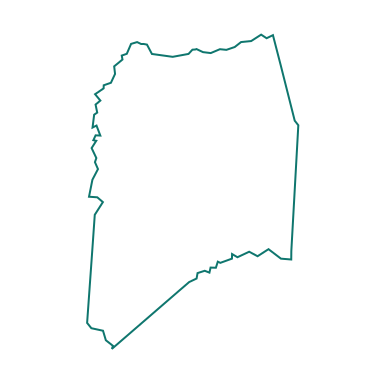 outline of San Joaquin, California, United States of America, rotated 4°
{"feature_id": "52423323B84556352970709", "entity_name": "San Joaquin", "entity_type": "district", "adm_level": 2, "iso_a3": "USA", "parent_name": "United States of America", "parent_adm1": "California", "projection": "orthographic", "projection_center": [-121.338, 37.891], "detail": "fine", "context": "isolated", "style": "outline", "palette": "teal", "viewbox_px": 384, "rotation_deg": 4, "n_neighbors": 0, "source": "geoboundaries", "source_scale": "gbopen_adm2", "svg_char_len": 1058}
<svg xmlns="http://www.w3.org/2000/svg" viewBox="0 0 384 384"><g transform="rotate(4 192 192)"><path d="M261.8,29.9L255.7,33.4L250.0,30.2L240.5,37.3L230.5,39.0L224.5,44.4L216.4,47.8L209.9,47.6L201.0,52.1L193.2,51.7L186.5,49.1L185.4,49.6L182.5,50.0L178.9,54.5L163.3,58.5L142.4,57.1L136.8,48.1L133.4,47.7L130.9,47.9L126.8,46.3L120.9,48.5L117.3,58.7L112.4,60.8L113.4,64.7L105.6,72.1L107.0,79.6L103.5,88.7L96.5,91.7L96.6,94.8L88.5,101.2L94.2,107.2L89.7,111.5L91.9,119.4L89.0,121.7L88.3,134.6L92.1,132.4L96.6,142.1L91.9,142.2L90.0,147.2L92.9,147.6L88.8,155.2L94.2,164.8L93.1,169.0L96.6,175.7L91.8,186.7L89.6,203.9L97.9,203.9L103.8,208.3L96.6,221.5L96.6,250.6L96.5,329.9L101.1,334.9L112.9,336.6L116.4,345.9L123.9,351.0L123.0,354.1L186.6,290.8L195.5,282.0L202.6,278.0L203.2,272.5L210.2,269.7L215.0,271.2L215.8,266.1L221.1,265.9L222.6,259.7L225.2,260.7L236.5,255.7L236.3,251.1L241.9,253.9L253.2,247.6L261.9,251.5L272.3,243.7L285.4,252.3L295.7,252.4L295.2,243.9L293.4,118.0L289.5,113.7L271.7,59.5L261.8,29.9Z" fill="none" stroke="#0f766e" stroke-width="2"/></g></svg>